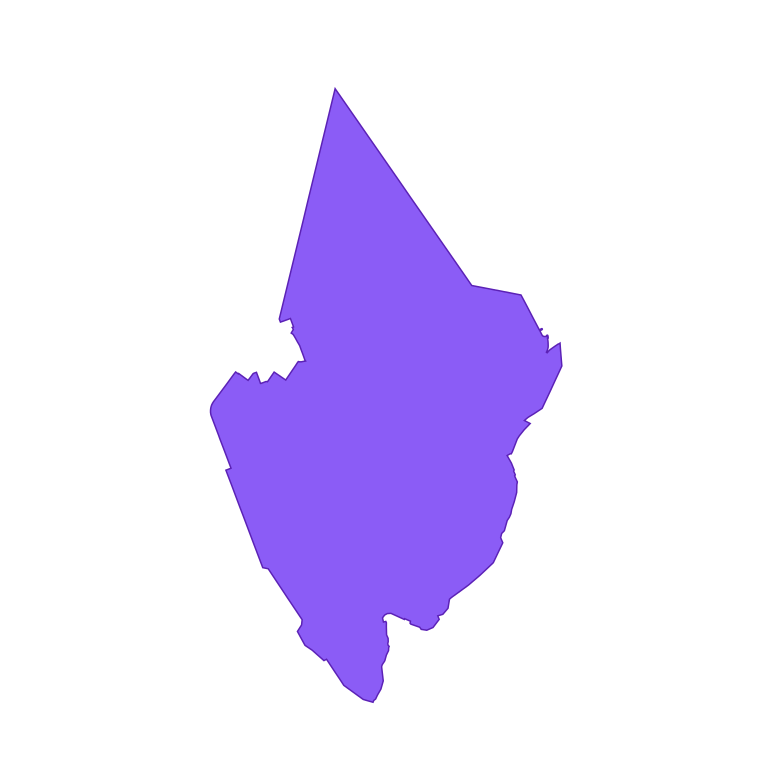 Noordoostpolder, Flevoland, Netherlands (Albers equal-area conic projection), rotated 69°
{"feature_id": "6326949B24285536392101", "entity_name": "Noordoostpolder", "entity_type": "district", "adm_level": 2, "iso_a3": "NLD", "parent_name": "Netherlands", "parent_adm1": "Flevoland", "projection": "albers", "projection_center": [5.775, 52.726], "detail": "fine", "context": "isolated", "style": "filled", "palette": "violet", "viewbox_px": 768, "rotation_deg": 69, "n_neighbors": 0, "source": "geoboundaries", "source_scale": "gbopen_adm2", "svg_char_len": 4729}
<svg xmlns="http://www.w3.org/2000/svg" viewBox="0 0 768 768"><g transform="rotate(69 384 384)"><path d="M644.0,531.0L651.0,529.5L659.9,523.7L671.0,516.5L673.0,513.9L677.2,508.3L675.8,507.0L675.1,504.7L672.1,501.6L667.7,496.2L660.9,491.1L647.7,487.7L646.7,487.3L645.4,486.2L644.3,484.7L643.9,484.1L643.2,483.1L642.5,482.3L639.9,480.4L637.9,478.9L634.5,475.3L631.8,474.1L630.8,473.2L629.1,473.8L627.4,473.4L626.3,472.5L622.9,471.3L619.1,471.5L611.5,468.8L607.7,467.3L606.3,467.4L606.0,469.8L601.8,469.2L600.4,467.0L599.9,466.1L599.5,463.2L600.6,459.7L606.0,454.4L611.1,449.4L610.5,448.8L612.6,446.7L614.9,444.3L616.7,445.4L617.8,445.0L623.9,437.8L626.4,437.2L629.2,432.3L628.9,425.5L623.5,416.8L619.7,416.9L620.1,411.6L616.3,404.6L608.4,400.0L607.8,398.5L607.1,396.2L604.8,387.5L604.7,387.1L601.9,376.9L596.9,362.8L593.1,353.5L590.0,346.0L582.3,337.9L574.8,330.0L569.3,330.2L565.7,327.7L564.1,324.2L555.6,317.9L553.4,314.8L550.6,312.0L546.9,309.8L540.6,304.6L532.8,299.0L525.7,296.1L523.2,294.6L517.5,295.0L517.4,295.0L517.2,294.9L516.6,294.9L516.6,294.7L515.8,294.0L511.8,294.2L510.9,293.3L503.5,293.4L494.9,294.7L494.4,291.3L494.8,290.2L493.1,288.3L483.1,279.3L480.9,276.3L477.0,269.6L473.3,261.7L468.4,266.0L467.8,264.4L466.9,261.9L466.6,260.6L465.5,254.5L464.3,249.1L463.4,245.1L460.3,241.9L456.3,237.7L449.4,230.5L444.6,225.6L441.3,222.2L435.6,216.3L430.9,211.5L425.0,209.8L413.8,206.5L408.9,205.0L409.2,206.2L409.2,206.3L409.1,207.2L409.4,208.3L410.1,211.4L410.9,214.5L411.2,215.7L411.3,215.9L411.3,216.2L411.4,216.5L411.5,216.7L411.6,217.0L411.8,217.5L412.0,218.0L412.2,218.4L412.3,218.7L412.4,218.9L412.7,219.4L412.9,219.5L413.0,219.8L413.0,220.0L413.3,220.5L412.5,221.0L412.4,220.9L412.2,220.6L412.0,220.4L411.9,220.3L411.7,220.1L411.4,219.8L411.0,219.4L410.5,219.0L410.1,218.7L409.7,218.4L409.1,218.0L408.7,217.7L408.4,217.6L408.0,217.4L407.6,217.2L407.0,217.0L406.6,216.8L406.2,216.7L404.8,216.2L403.6,215.8L402.5,215.5L401.2,215.2L399.7,215.0L399.9,214.2L398.4,213.8L398.4,214.0L397.5,213.8L397.4,213.8L397.2,213.8L397.1,214.0L396.9,214.1L396.9,214.3L396.9,214.5L397.0,214.6L397.0,214.8L397.3,214.9L397.7,215.0L397.4,216.7L397.3,216.8L397.2,217.1L397.1,217.3L397.0,217.5L396.9,217.7L396.7,217.9L396.6,218.1L396.3,218.3L396.1,218.4L396.0,218.5L395.8,218.7L395.6,218.7L395.3,218.8L395.1,218.9L390.2,219.4L389.9,216.9L389.7,216.6L389.3,216.5L388.9,216.7L388.8,217.1L389.1,219.6L373.8,221.4L365.7,222.3L358.9,223.1L350.0,224.2L347.2,228.7L330.0,256.3L323.5,266.8L309.0,270.3L218.7,292.5L201.7,296.6L90.8,323.8L186.6,390.0L201.2,400.0L285.8,458.5L289.1,458.5L289.2,455.7L289.3,450.3L289.3,447.9L298.3,448.0L298.3,449.4L299.1,449.2L300.7,449.2L300.7,449.3L300.8,449.5L301.0,449.7L301.6,450.4L303.2,452.4L303.6,452.1L304.2,451.7L304.3,451.6L304.6,451.4L304.8,451.2L305.0,451.2L305.4,451.0L305.6,451.0L305.8,450.9L309.3,450.3L313.7,449.7L317.2,449.1L317.6,449.1L317.9,449.0L318.0,449.0L318.5,449.0L322.4,449.1L326.7,449.1L331.0,449.2L333.8,449.3L333.9,449.2L334.0,449.2L334.4,449.0L334.4,449.5L334.1,450.6L333.7,452.9L333.7,453.1L333.6,453.4L333.5,453.6L333.4,453.9L333.3,454.2L333.2,454.4L333.1,454.6L333.0,454.9L332.9,455.1L332.7,455.3L332.6,455.5L332.4,455.7L332.4,455.8L332.5,455.9L332.4,456.1L333.0,457.1L335.4,460.4L338.5,464.9L344.5,473.5L345.1,474.3L333.5,482.3L339.2,490.6L340.1,491.9L340.0,492.0L339.9,492.1L339.9,492.3L339.7,492.6L339.6,492.9L339.5,493.2L339.4,493.4L339.4,493.6L339.4,493.9L339.4,494.1L339.4,498.5L339.2,498.5L339.1,499.1L336.2,499.0L327.4,498.9L327.3,501.0L327.3,501.6L327.3,501.8L327.4,502.0L327.4,502.3L327.5,502.4L327.5,502.6L327.6,502.8L327.7,503.0L327.8,503.1L329.8,506.2L331.9,509.6L322.1,515.9L322.4,516.4L319.6,518.2L321.2,520.9L324.1,525.4L327.1,530.0L332.9,539.2L338.7,548.4L339.0,548.9L339.1,549.1L339.3,549.4L339.5,549.7L339.7,549.9L339.9,550.2L340.1,550.4L340.2,550.6L340.4,550.9L340.5,550.9L340.7,551.2L340.9,551.4L341.1,551.6L341.3,551.9L341.5,552.1L341.8,552.4L342.0,552.6L342.3,552.8L342.5,553.0L342.8,553.2L342.9,553.3L343.2,553.5L343.4,553.7L343.7,553.9L344.2,554.2L344.5,554.4L344.8,554.6L345.1,554.7L345.4,554.9L345.7,555.0L346.0,555.2L346.5,555.4L346.9,555.6L347.2,555.7L347.5,555.8L348.0,556.0L348.3,556.1L348.6,556.2L348.9,556.2L349.2,556.3L349.5,556.4L349.9,556.5L350.1,556.5L350.5,556.6L351.0,556.6L351.3,556.7L351.7,556.7L352.0,556.7L352.3,556.7L352.6,556.7L353.2,556.7L370.9,556.8L372.7,556.8L376.3,556.9L381.7,556.9L388.0,556.9L407.8,557.0L407.8,562.5L424.1,562.5L434.5,562.6L447.4,562.7L457.6,562.7L488.3,562.9L512.0,563.0L515.0,558.3L530.8,554.8L539.7,552.8L547.9,551.0L561.9,547.8L574.7,544.9L579.4,547.3L584.0,553.5L590.1,552.7L599.7,551.4L606.7,546.5L620.7,539.2L620.4,536.3L635.3,533.0L644.0,531.0Z" fill="#8b5cf6" stroke="#5b21b6" stroke-width="1.5"/></g></svg>